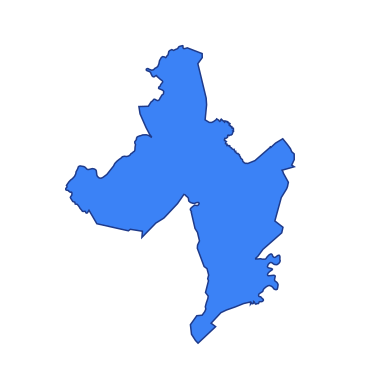 outline of Juan R. Escudero, Guerrero, Mexico, rotated 59°
{"feature_id": "50627088B85628138735153", "entity_name": "Juan R. Escudero", "entity_type": "district", "adm_level": 2, "iso_a3": "MEX", "parent_name": "Mexico", "parent_adm1": "Guerrero", "projection": "robinson", "projection_center": [-99.489, 17.137], "detail": "fine", "context": "isolated", "style": "filled", "palette": "blue", "viewbox_px": 384, "rotation_deg": 59, "n_neighbors": 0, "source": "geoboundaries", "source_scale": "gbopen_adm2", "svg_char_len": 6060}
<svg xmlns="http://www.w3.org/2000/svg" viewBox="0 0 384 384"><g transform="rotate(59 192 192)"><path d="M59.5,136.0L59.3,138.2L59.6,139.5L62.1,141.9L62.4,143.2L63.3,145.1L63.2,145.5L62.1,146.0L61.0,147.2L60.8,147.5L60.9,149.0L62.7,152.2L65.0,154.3L66.6,156.4L67.0,158.1L66.9,160.3L67.4,161.9L66.9,163.7L66.5,164.2L65.9,164.4L65.2,165.4L64.3,165.6L63.4,166.3L63.1,167.0L63.2,167.9L63.8,168.4L64.7,168.2L66.7,166.6L68.1,165.9L69.4,166.2L70.6,166.3L72.1,166.4L72.8,166.2L73.7,165.4L73.8,164.7L73.6,163.1L73.9,162.4L74.4,162.6L74.7,162.5L79.2,161.1L81.3,160.2L82.1,160.2L82.8,160.7L83.7,163.3L84.9,164.9L84.9,166.2L85.1,166.6L85.9,167.2L86.4,167.1L88.5,165.5L89.8,164.7L90.4,164.5L91.3,164.5L92.9,165.7L93.4,166.5L93.4,167.8L93.5,168.1L94.4,169.6L94.8,170.6L95.5,171.6L96.2,172.9L96.1,174.2L95.3,175.0L93.5,176.0L93.0,176.6L92.9,177.1L93.6,179.0L93.7,180.7L96.0,185.3L91.4,193.5L98.3,196.3L113.1,198.2L120.3,198.6L123.8,198.3L124.0,198.7L121.4,199.9L119.6,201.5L119.2,202.1L117.7,204.8L117.3,207.0L116.9,208.0L116.7,209.5L116.6,209.9L116.6,210.7L117.3,211.9L118.0,212.3L118.4,212.7L119.5,215.2L120.6,215.8L122.3,216.0L124.2,217.7L126.6,219.3L127.4,220.4L127.4,221.8L127.7,222.8L127.7,224.6L128.3,225.7L128.5,227.9L127.9,229.8L126.5,231.6L125.9,233.5L126.4,235.4L126.5,237.3L126.9,240.3L127.6,242.9L128.1,244.0L129.3,245.8L133.1,255.9L133.6,260.7L133.4,262.7L132.6,263.9L131.8,264.5L129.9,265.0L128.6,264.9L124.5,263.1L123.4,263.1L122.9,263.3L121.8,264.0L120.6,265.4L119.5,269.0L118.8,270.0L118.3,270.3L115.9,270.8L114.5,271.6L112.0,274.5L111.8,275.4L111.8,276.3L113.4,278.3L115.0,281.0L116.5,282.2L118.1,284.6L119.0,287.7L119.2,289.8L119.9,292.3L121.7,296.2L122.4,296.1L123.1,296.5L123.5,296.8L123.7,297.7L124.0,298.4L124.8,298.9L125.1,299.0L125.7,298.7L127.1,297.2L127.9,297.2L129.5,296.5L129.8,295.6L130.3,295.3L131.2,295.5L132.8,296.7L133.6,298.6L134.0,299.1L135.0,299.2L138.7,299.1L140.4,297.7L142.2,298.3L143.4,296.8L144.1,296.6L146.5,296.3L148.2,296.4L151.2,295.9L152.1,295.9L152.7,295.2L153.2,294.0L153.6,293.5L155.2,293.6L155.6,293.5L155.8,293.1L156.0,292.4L154.6,289.7L170.2,289.9L192.5,266.5L192.2,264.1L200.1,254.7L205.1,258.3L200.0,238.9L199.9,231.1L199.8,229.3L194.5,210.4L189.9,200.2L191.0,199.3L192.4,199.1L193.9,198.5L195.1,198.3L195.4,198.3L198.0,199.4L200.1,198.8L202.0,197.2L203.1,195.9L203.3,194.1L203.6,193.1L204.3,191.9L204.9,191.7L205.6,191.8L206.3,193.1L206.5,193.7L206.3,194.6L204.8,196.3L204.7,197.3L204.9,199.3L205.3,201.3L205.7,202.1L206.4,202.6L208.5,202.6L208.8,203.0L224.8,208.2L229.4,208.1L237.8,210.8L240.4,214.6L242.9,216.4L262.1,220.0L265.4,218.6L271.8,220.5L274.4,223.2L276.6,223.6L285.1,232.2L289.5,231.7L291.3,233.1L294.3,236.7L297.2,239.7L299.4,240.4L301.1,242.7L302.8,246.8L300.5,251.6L304.9,261.7L313.7,265.7L321.1,265.5L324.7,264.7L319.6,241.1L314.3,243.2L310.3,229.4L310.9,223.2L312.8,214.0L314.2,205.2L316.4,198.4L318.2,199.6L317.3,197.6L318.2,198.3L318.4,198.3L318.8,198.0L319.1,196.9L318.3,195.8L317.7,195.5L318.1,195.3L320.3,195.4L321.1,195.0L321.0,194.1L321.8,192.6L321.8,192.4L320.8,190.9L320.9,190.3L321.6,189.4L322.0,188.2L322.0,187.6L321.6,186.6L320.7,186.2L319.6,186.6L317.2,187.1L316.4,188.1L315.9,188.4L314.7,188.1L314.3,187.7L314.0,187.3L313.8,186.5L313.7,182.8L313.4,182.2L312.5,181.3L311.9,179.9L311.5,177.3L311.5,175.4L311.9,173.9L313.6,172.5L315.1,171.9L317.3,171.7L318.5,170.9L319.1,170.1L319.2,169.0L318.2,167.9L316.0,166.1L315.4,165.8L313.9,165.7L312.9,165.9L310.9,166.7L310.4,166.7L309.5,166.3L307.0,164.0L306.5,164.0L305.8,164.4L305.4,164.9L303.2,169.6L302.9,169.9L302.1,170.0L301.7,169.8L300.9,168.9L300.5,167.7L300.2,166.5L299.9,163.1L299.5,162.8L298.5,163.3L296.6,165.3L296.1,165.7L295.3,165.9L294.8,165.8L293.3,164.0L292.8,162.0L292.8,161.3L293.0,160.7L293.7,160.0L296.1,159.0L296.7,158.5L297.5,157.5L297.9,156.9L298.1,156.1L297.9,154.4L297.6,153.5L297.1,152.6L296.3,151.8L295.0,151.4L292.9,150.0L291.7,149.7L291.0,149.9L290.7,150.8L290.6,151.5L290.9,154.3L290.5,155.1L290.2,155.4L288.7,155.9L287.6,155.6L286.7,155.6L286.0,155.9L285.8,156.3L285.6,156.7L285.6,158.4L286.3,161.0L287.2,162.9L287.3,163.5L287.2,163.9L285.9,166.2L284.4,167.7L283.6,169.6L282.2,171.9L281.6,171.6L281.0,168.6L277.7,160.8L273.2,136.1L269.1,132.2L259.5,135.9L242.7,118.3L238.0,109.2L236.5,107.3L233.3,104.4L222.9,104.0L221.5,103.6L219.7,103.6L223.0,91.4L220.3,92.7L216.9,87.7L212.0,84.8L208.8,85.8L205.5,85.3L200.1,85.8L193.1,86.8L193.1,95.2L194.3,101.0L193.1,101.8L194.0,101.7L194.3,101.9L194.0,102.2L197.5,121.9L196.3,129.5L195.5,130.4L195.1,131.3L193.8,132.2L193.0,132.3L192.1,132.7L190.1,132.1L188.4,132.8L186.9,132.5L185.0,132.6L184.6,132.2L182.6,132.8L182.7,133.2L181.8,133.8L180.1,134.1L179.8,133.7L179.5,134.3L179.1,134.0L178.5,134.3L177.3,134.1L177.2,134.0L177.0,134.5L175.7,135.4L174.6,135.4L173.8,136.0L172.7,136.2L172.0,135.8L171.7,135.9L171.7,136.3L171.5,136.2L170.7,137.1L170.2,138.1L169.1,137.3L167.8,138.4L167.0,137.7L166.6,137.0L166.3,136.9L166.3,136.6L164.7,137.3L164.6,137.6L164.0,137.3L164.0,137.1L163.5,137.0L163.4,136.6L162.9,136.3L163.5,135.1L163.4,133.4L162.0,132.4L161.8,131.9L162.1,131.4L162.6,131.4L162.8,131.3L162.8,130.1L163.3,129.2L163.2,127.9L161.6,125.9L161.3,125.0L160.9,124.9L160.7,125.1L160.7,124.9L160.2,124.7L160.0,124.4L158.7,123.7L158.4,123.9L158.3,124.3L157.8,124.8L157.4,124.7L157.4,124.4L156.4,124.2L156.1,124.5L156.1,124.8L155.6,125.2L155.2,125.3L154.8,125.0L154.2,125.1L153.8,125.7L153.6,125.7L152.9,124.2L152.1,124.6L151.9,125.0L151.4,125.3L150.9,125.0L150.6,125.1L150.9,125.4L150.5,125.8L149.9,125.5L149.2,126.0L149.0,126.3L148.4,126.8L149.0,128.1L148.6,128.2L148.4,127.7L148.2,128.1L147.6,127.9L147.4,128.6L144.6,129.4L144.8,130.0L145.1,129.9L145.5,130.6L145.8,131.8L144.7,132.2L144.3,132.1L142.0,133.2L142.4,133.9L142.5,134.4L142.7,137.0L142.6,138.8L142.2,139.9L141.2,141.4L136.9,143.6L124.8,134.6L118.8,131.5L85.0,120.9L82.1,114.0L78.6,112.0L66.0,121.8L65.4,124.2L64.8,125.2L64.3,125.4L63.7,125.4L62.1,124.5L61.7,124.7L61.0,126.9L60.7,128.2L60.9,129.0L61.6,130.2L61.6,131.4L61.3,132.7L61.2,134.8L59.5,136.0Z" fill="#3b82f6" stroke="#1e3a8a" stroke-width="1.5"/></g></svg>